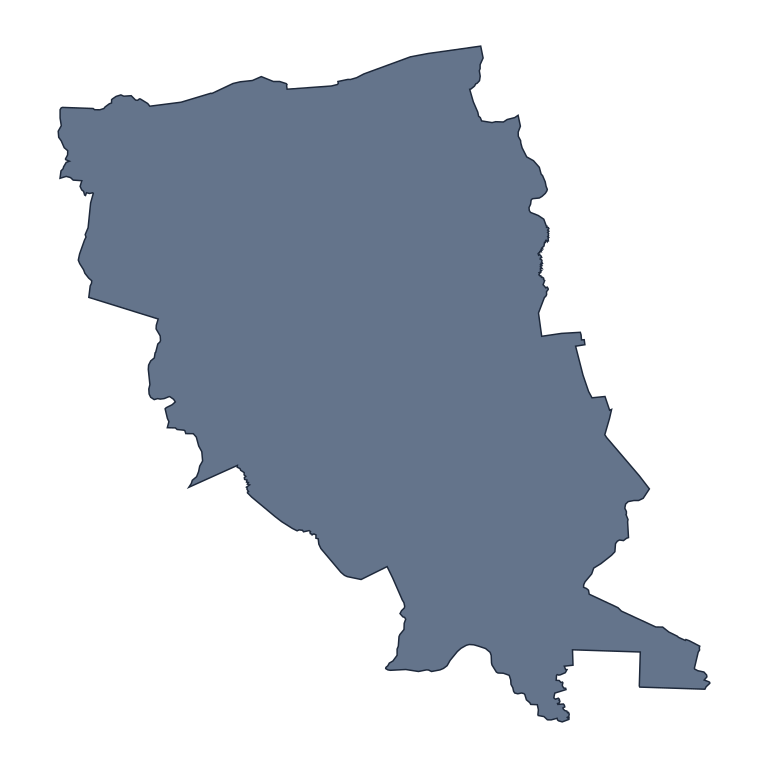 Telesti, Gorj, Romania (Natural Earth projection)
{"feature_id": "2599482B86985968934630", "entity_name": "Telesti", "entity_type": "district", "adm_level": 2, "iso_a3": "ROU", "parent_name": "Romania", "parent_adm1": "Gorj", "projection": "natural_earth1", "projection_center": [23.098, 44.988], "detail": "fine", "context": "isolated", "style": "filled", "palette": "slate", "viewbox_px": 768, "rotation_deg": 0, "n_neighbors": 0, "source": "geoboundaries", "source_scale": "gbopen_adm2", "svg_char_len": 6040}
<svg xmlns="http://www.w3.org/2000/svg" viewBox="0 0 768 768"><path d="M704.9,689.2L706.1,686.8L709.8,683.3L709.7,682.4L708.9,681.8L704.2,680.0L706.9,676.9L706.6,675.0L703.9,672.0L697.8,670.7L694.6,669.0L694.4,668.2L698.2,652.2L699.6,650.0L699.3,647.8L699.8,646.2L689.2,640.7L685.9,639.5L685.3,640.4L678.4,637.3L677.5,636.3L668.8,632.0L662.7,627.1L655.8,627.0L621.4,611.1L618.0,607.7L589.2,594.2L588.5,590.2L586.5,588.5L583.6,587.3L583.7,584.8L585.0,581.9L591.7,573.9L593.7,568.1L601.0,563.6L611.6,555.2L614.9,551.7L615.5,543.7L617.3,541.2L619.5,540.0L623.5,540.6L626.5,538.3L628.5,537.6L627.6,521.8L628.0,519.5L626.0,514.5L626.4,514.0L626.4,511.5L624.8,508.2L625.6,504.1L628.2,501.6L633.9,500.5L638.6,500.5L643.2,498.3L649.4,488.9L639.4,475.9L606.6,437.5L604.8,434.7L609.5,418.5L611.6,409.4L609.6,410.2L605.0,396.5L592.0,397.8L588.6,391.5L583.0,375.1L575.6,346.2L584.9,344.7L584.2,339.7L581.5,339.9L581.1,335.0L580.3,332.3L561.5,333.4L541.7,336.3L538.5,313.0L544.4,297.5L545.7,296.4L546.6,294.7L546.5,291.7L548.2,289.5L548.1,288.4L547.1,287.1L545.9,287.9L543.1,284.7L544.7,280.5L543.5,279.5L543.7,278.3L542.4,277.2L541.5,277.4L540.8,275.8L540.0,275.9L538.9,274.8L539.6,273.6L539.1,272.7L540.6,272.6L540.9,272.1L540.4,271.5L541.5,270.6L540.4,270.1L540.4,268.4L542.1,268.6L540.4,266.3L541.9,265.7L540.7,264.6L541.6,264.3L541.1,263.4L542.4,263.3L541.7,261.9L542.0,260.7L541.6,259.8L540.2,259.2L540.3,258.1L541.7,257.5L541.1,256.1L539.6,254.6L538.6,255.2L538.1,253.6L538.8,252.8L539.6,252.9L539.7,251.6L541.1,251.7L540.7,251.0L541.6,250.5L541.0,250.2L541.1,249.3L542.7,248.9L541.9,248.0L544.0,246.0L544.5,242.4L545.4,242.5L545.7,240.4L546.4,240.3L547.3,241.7L547.6,240.9L548.4,240.9L548.1,238.2L548.8,237.5L547.7,236.6L548.6,235.7L548.2,234.8L548.7,233.5L547.6,232.4L548.9,231.2L547.6,230.1L548.9,228.7L548.3,227.6L546.6,227.4L547.0,226.2L546.3,226.0L543.8,219.2L538.3,215.5L530.5,212.4L529.3,210.5L529.0,207.6L530.6,204.2L531.1,200.2L531.8,199.3L532.6,198.7L539.3,198.0L542.0,196.4L545.3,193.4L546.9,190.9L547.3,189.3L546.1,186.4L545.2,181.8L542.6,175.7L541.1,174.0L539.3,167.3L533.5,160.7L526.7,156.9L522.1,147.8L520.8,143.0L520.6,140.6L518.3,136.3L518.2,132.1L520.4,126.2L518.1,115.3L514.7,117.6L507.2,119.5L503.4,122.0L495.7,121.7L492.1,122.6L481.6,120.9L480.3,117.6L478.6,116.2L477.8,112.2L473.3,101.8L469.7,89.3L470.8,89.1L474.5,86.1L475.7,83.9L477.2,83.2L479.5,80.7L480.2,76.2L479.3,70.7L480.1,68.7L480.1,64.7L483.1,58.0L480.7,46.1L428.1,53.5L410.5,56.8L363.9,73.9L356.6,77.7L350.4,79.5L347.9,79.4L337.9,81.5L338.3,83.4L337.4,84.5L331.3,86.0L287.1,89.2L286.6,85.7L287.0,84.5L286.2,83.6L279.7,81.5L273.4,81.5L261.3,76.6L252.4,80.5L240.2,81.8L233.0,83.5L211.8,93.5L211.0,93.2L181.1,102.2L149.8,106.2L147.7,103.5L140.4,99.0L139.4,98.9L137.6,100.3L135.6,100.1L131.2,95.7L123.8,96.2L120.9,94.9L116.1,96.4L112.3,99.0L111.6,99.7L111.5,103.0L109.3,103.8L105.0,107.0L103.9,108.5L99.8,109.8L94.6,109.7L93.1,108.5L62.4,107.4L61.2,107.9L60.1,109.7L60.1,118.1L61.3,125.7L58.2,131.2L58.7,137.3L61.2,140.8L64.2,147.7L67.7,150.7L67.6,154.9L65.5,158.9L65.6,159.6L69.4,161.2L66.2,162.4L63.6,166.8L63.1,168.7L61.0,170.9L60.0,178.3L66.2,176.4L70.5,177.6L73.2,180.1L81.8,180.7L80.1,186.4L81.7,189.9L83.6,191.4L84.6,195.0L85.5,195.5L86.5,192.7L89.5,193.5L92.6,192.8L93.3,193.3L90.6,203.0L88.1,227.7L85.2,234.6L86.0,237.1L84.5,240.1L79.6,253.9L78.3,260.1L79.7,263.6L83.6,269.8L84.9,273.3L88.7,278.1L91.7,280.7L91.5,283.3L90.2,285.9L88.8,297.4L158.2,319.0L156.3,325.2L156.1,328.9L160.2,335.9L160.5,340.6L159.9,342.0L157.8,344.0L155.7,352.3L155.1,352.8L154.3,357.9L150.7,360.9L148.6,365.1L148.3,369.4L149.9,384.6L148.8,389.0L149.1,394.0L150.7,397.3L154.2,399.6L157.6,398.6L160.2,399.1L164.2,398.6L169.1,396.6L169.9,396.7L173.6,399.3L175.3,401.9L172.0,404.8L166.3,407.6L165.1,408.8L167.4,418.4L168.9,421.6L167.3,427.7L175.4,427.9L177.1,429.5L184.0,430.2L184.9,430.8L185.8,433.6L193.3,433.7L196.3,437.1L198.7,446.0L201.8,451.7L202.6,461.0L199.7,466.1L198.6,471.6L196.6,476.7L192.3,480.3L191.3,483.5L188.8,487.3L237.4,465.4L237.2,467.2L240.0,468.6L240.7,470.3L244.2,472.6L244.1,474.9L245.8,476.3L244.3,477.7L244.6,479.4L247.0,480.1L246.5,482.1L248.4,482.5L247.3,484.1L249.6,484.9L246.4,487.2L247.1,487.9L247.0,489.3L248.5,491.5L247.5,492.1L247.5,492.9L251.7,497.1L275.1,516.6L281.7,521.7L292.3,528.4L297.1,530.8L299.1,529.9L302.5,530.3L303.5,531.8L309.1,530.6L310.5,531.6L310.0,532.6L310.4,533.7L311.8,534.1L312.1,534.9L313.9,533.9L316.0,534.9L315.9,538.2L318.2,538.8L318.8,544.1L320.9,548.6L340.9,572.3L344.4,575.3L347.2,576.6L361.1,579.5L387.1,566.6L392.6,577.8L402.3,600.0L403.9,602.6L404.7,606.3L404.3,608.0L401.6,610.6L400.0,613.6L402.8,616.8L404.6,617.4L405.7,619.2L404.2,623.3L404.0,629.5L399.9,634.5L399.0,636.6L398.3,646.2L397.1,649.1L397.1,655.3L392.9,661.0L389.3,663.1L387.8,665.8L385.9,667.4L385.7,668.6L387.9,669.9L390.4,670.3L405.8,669.5L418.5,671.5L426.4,669.9L428.5,670.0L431.5,671.5L440.0,669.9L443.5,668.4L447.1,665.7L450.1,660.4L457.3,651.6L461.0,648.3L466.3,645.3L469.2,644.5L473.8,644.8L478.3,646.1L485.5,648.5L490.1,652.3L491.2,655.4L491.5,662.9L492.0,665.0L496.4,672.1L498.0,673.0L503.3,673.2L509.2,675.3L510.7,679.9L511.0,684.4L512.8,687.7L513.6,691.3L514.7,693.0L517.8,693.8L521.5,693.0L523.9,693.6L524.8,694.5L526.4,699.8L529.8,702.7L530.7,704.4L537.3,704.7L538.4,709.8L537.9,714.6L538.2,715.5L544.0,716.6L547.4,719.8L551.1,719.9L557.1,718.3L557.5,719.9L558.5,720.8L562.2,721.9L568.9,719.4L569.0,717.7L567.7,718.0L567.2,717.4L568.8,716.5L569.2,714.2L568.5,712.4L567.5,712.7L566.9,711.1L564.9,710.6L563.3,709.1L562.9,708.0L564.8,706.9L564.3,705.1L563.4,704.0L557.8,704.4L557.5,703.5L559.1,703.1L559.9,701.6L559.7,700.7L559.1,700.5L559.4,699.3L558.3,698.2L555.4,699.2L553.8,697.8L554.8,693.1L566.0,689.6L565.7,688.3L563.7,688.0L562.5,686.1L562.3,685.0L562.9,682.9L562.4,682.1L561.0,682.5L559.2,680.5L556.2,680.3L556.5,675.4L557.2,674.6L558.7,675.1L560.4,674.8L565.3,672.7L567.0,669.6L565.6,669.5L564.3,666.2L573.0,665.2L572.5,649.8L640.3,652.0L639.3,686.0L639.8,687.1L704.9,689.2Z" fill="#64748b" stroke="#1e293b" stroke-width="1.5"/></svg>